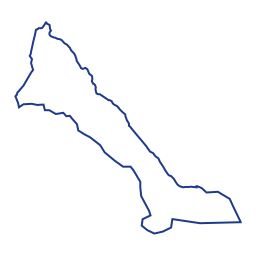 Gbarma, Gbapolu, Liberia, rotated 90°
{"feature_id": "62588387B9251982733395", "entity_name": "Gbarma", "entity_type": "district", "adm_level": 2, "iso_a3": "LBR", "parent_name": "Liberia", "parent_adm1": "Gbapolu", "projection": "natural_earth1", "projection_center": [-10.728, 7.196], "detail": "fine", "context": "isolated", "style": "outline", "palette": "blue", "viewbox_px": 256, "rotation_deg": 90, "n_neighbors": 0, "source": "geoboundaries", "source_scale": "gbopen_adm2", "svg_char_len": 2964}
<svg xmlns="http://www.w3.org/2000/svg" viewBox="0 0 256 256"><g transform="rotate(90 128 128)"><path d="M222.2,15.4L221.2,15.7L205.7,23.2L201.6,25.0L198.9,26.3L191.8,38.1L192.5,49.5L188.0,54.4L186.0,59.4L185.3,59.6L187.2,59.4L187.3,59.4L187.0,62.6L186.7,65.0L187.0,67.2L186.9,70.4L187.3,72.6L186.7,75.1L185.6,77.3L185.4,77.5L184.9,78.0L184.1,78.9L181.6,80.5L178.8,82.2L178.1,82.9L176.1,84.9L175.3,87.2L175.2,87.3L173.8,88.4L173.5,88.6L170.4,90.7L166.2,93.1L161.8,96.1L159.0,97.3L158.5,97.5L157.1,99.4L156.1,100.7L155.6,101.1L153.2,102.8L152.4,104.4L151.6,105.9L148.9,107.9L146.8,109.3L146.1,109.8L140.9,114.1L136.1,118.2L135.0,119.1L129.0,124.1L126.9,125.7L125.7,127.1L124.1,126.9L122.1,127.9L120.9,128.7L120.6,129.0L118.5,129.7L117.2,130.3L115.6,130.6L114.3,130.9L112.0,133.6L109.6,136.0L108.8,136.7L107.7,137.7L107.4,137.6L105.8,139.4L104.9,141.4L103.5,143.2L101.3,144.3L100.7,145.3L100.1,146.5L100.1,146.9L100.1,147.5L99.5,148.4L98.7,149.5L96.5,152.8L94.3,156.0L94.2,157.3L94.2,158.0L93.6,159.1L93.4,159.5L92.7,159.7L91.3,160.1L89.1,160.5L87.3,160.2L85.2,160.9L84.8,161.2L83.5,162.6L83.6,162.9L83.1,163.1L81.5,164.0L81.1,164.2L80.4,164.0L79.6,163.7L77.7,163.7L75.8,164.1L75.0,165.2L74.9,165.3L73.9,166.7L73.0,167.1L69.3,168.6L68.6,169.6L67.9,170.6L68.3,171.6L68.9,173.1L68.9,173.3L68.7,173.7L68.1,175.0L66.3,175.8L63.4,177.6L62.6,178.2L60.9,179.3L58.6,179.7L56.8,180.4L56.1,180.6L55.7,180.7L53.8,181.7L53.1,182.1L52.6,182.7L51.3,184.1L50.9,184.4L50.8,184.5L49.5,185.4L48.7,185.7L47.8,186.1L46.2,187.7L45.0,188.6L44.7,188.9L43.3,191.5L40.9,193.6L39.9,194.6L39.4,195.8L39.1,196.6L39.0,197.5L38.8,198.7L37.8,200.4L37.6,201.7L36.3,205.1L34.8,206.4L33.7,206.6L32.4,206.4L30.6,205.0L29.4,205.8L27.6,206.1L26.9,206.2L25.0,206.4L24.3,207.8L23.6,209.1L22.5,209.6L22.5,209.8L22.5,210.2L24.4,211.3L24.7,211.5L27.0,213.1L28.0,214.0L28.2,215.4L28.2,216.6L28.2,217.4L28.7,217.9L28.9,218.2L29.5,218.9L29.5,219.8L30.0,220.1L34.2,220.9L41.6,222.7L42.0,222.8L46.2,223.7L46.3,223.7L51.0,224.8L54.4,225.4L54.6,225.5L55.9,226.3L59.1,224.0L61.0,224.5L62.9,224.9L63.2,224.9L65.6,224.2L70.0,222.9L72.0,224.5L72.6,224.9L78.7,228.5L82.0,230.4L85.6,232.5L86.5,233.3L87.0,233.7L90.3,236.6L90.5,236.6L91.4,237.4L91.6,237.6L92.5,238.6L94.6,239.1L94.7,239.5L95.2,239.6L95.3,239.6L96.3,240.6L100.5,238.9L103.1,237.9L107.3,237.0L104.7,233.2L104.3,232.6L104.1,229.4L103.8,224.3L104.8,219.4L105.0,218.6L104.8,216.7L104.6,212.5L110.2,211.1L110.2,206.7L114.0,200.2L113.8,198.8L112.8,192.7L116.2,189.6L116.0,187.7L115.8,186.1L118.1,184.4L124.1,179.1L125.3,178.8L130.5,177.7L133.8,172.4L134.0,172.2L134.3,171.6L137.3,165.9L145.2,155.8L152.4,151.3L160.0,142.1L161.1,140.8L161.4,140.3L166.7,132.9L166.7,128.1L166.7,125.4L170.5,122.4L181.8,115.7L187.5,115.7L196.1,114.8L210.9,106.9L215.4,105.5L219.2,113.4L223.2,113.9L225.6,114.3L230.2,108.6L233.2,102.3L233.5,101.5L231.6,93.2L229.2,88.3L227.5,84.9L220.2,83.8L219.1,83.6L223.2,56.0L222.2,15.4Z" fill="none" stroke="#1e3a8a" stroke-width="2"/></g></svg>